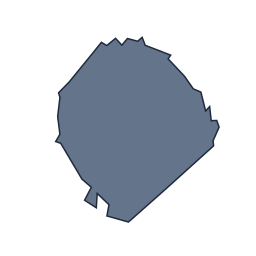 outline of Jackson, Tennessee, United States of America, rotated 221°
{"feature_id": "52423323B54776950346262", "entity_name": "Jackson", "entity_type": "district", "adm_level": 2, "iso_a3": "USA", "parent_name": "United States of America", "parent_adm1": "Tennessee", "projection": "orthographic", "projection_center": [-85.661, 36.368], "detail": "fine", "context": "isolated", "style": "filled", "palette": "slate", "viewbox_px": 256, "rotation_deg": 221, "n_neighbors": 0, "source": "geoboundaries", "source_scale": "gbopen_adm2", "svg_char_len": 601}
<svg xmlns="http://www.w3.org/2000/svg" viewBox="0 0 256 256"><g transform="rotate(221 128 128)"><path d="M59.8,104.3L51.7,170.7L55.4,174.1L59.8,188.4L66.0,191.9L70.0,188.1L80.4,197.7L80.6,191.8L96.5,202.9L104.4,200.4L119.3,204.1L143.1,206.5L143.6,211.0L169.2,201.7L176.8,205.7L177.6,199.8L187.1,195.2L187.0,186.5L196.2,187.5L198.1,176.3L204.3,175.2L203.8,163.2L202.6,124.1L203.5,109.0L199.5,106.5L188.6,90.5L175.3,78.6L173.7,70.3L168.7,72.3L129.2,59.2L116.8,59.2L113.4,45.0L99.6,47.0L108.3,58.4L92.0,57.6L86.2,47.8L66.0,57.3L59.8,104.3Z" fill="#64748b" stroke="#1e293b" stroke-width="1.5"/></g></svg>